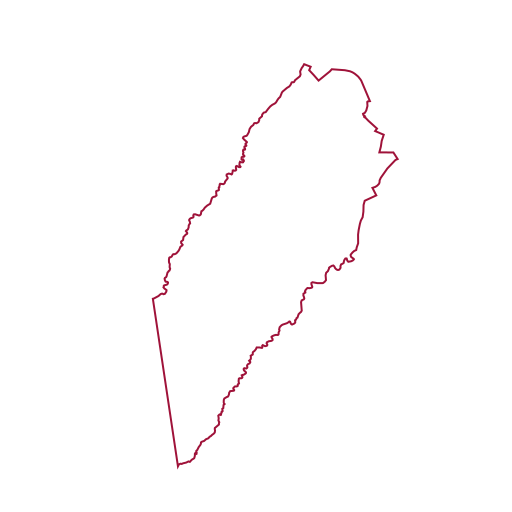 the district of Mazatecochco de José María Morelos, Tlaxcala, Mexico, rotated 142°
{"feature_id": "50627088B35944605315833", "entity_name": "Mazatecochco de José María Morelos", "entity_type": "district", "adm_level": 2, "iso_a3": "MEX", "parent_name": "Mexico", "parent_adm1": "Tlaxcala", "projection": "mercator", "projection_center": [-98.156, 19.192], "detail": "fine", "context": "isolated", "style": "outline", "palette": "rose", "viewbox_px": 512, "rotation_deg": 142, "n_neighbors": 0, "source": "geoboundaries", "source_scale": "gbopen_adm2", "svg_char_len": 6129}
<svg xmlns="http://www.w3.org/2000/svg" viewBox="0 0 512 512"><g transform="rotate(142 256 256)"><path d="M447.0,138.3L444.9,139.3L443.2,138.7L442.6,137.9L441.0,137.5L438.2,136.2L435.7,135.7L434.9,134.5L432.1,135.0L429.6,134.7L429.0,134.8L427.3,136.1L425.9,137.8L425.3,138.0L425.1,136.8L424.7,136.7L423.8,137.6L423.5,138.6L423.0,139.2L421.7,139.3L418.8,140.7L416.1,141.4L415.0,142.0L414.1,143.0L413.1,143.0L410.7,142.2L408.2,142.4L405.8,141.7L403.9,142.1L402.3,141.9L400.6,142.1L398.8,142.0L397.2,142.3L395.8,143.6L395.0,145.1L394.3,145.8L389.0,146.0L388.0,147.2L387.3,147.6L386.9,149.5L385.3,151.1L384.0,153.4L382.3,153.6L381.8,153.1L381.7,152.5L381.3,152.4L380.3,153.6L379.4,153.7L378.9,154.5L377.7,154.4L376.7,156.3L375.4,156.3L373.3,158.6L371.9,158.7L372.0,159.6L371.6,160.5L370.0,162.4L368.7,163.2L366.0,162.9L364.8,162.5L363.8,162.8L362.5,163.6L361.3,164.8L359.5,165.4L356.8,163.7L356.1,163.5L355.7,163.8L355.6,165.4L355.2,165.9L353.3,166.2L352.7,166.1L352.0,165.4L350.7,164.8L350.2,165.0L349.7,165.8L348.9,166.1L347.9,166.0L346.8,168.1L345.0,169.9L344.2,169.8L342.9,168.7L342.2,168.5L341.5,168.7L341.1,169.3L340.7,170.8L339.8,170.6L339.2,170.1L338.6,170.0L336.7,169.8L335.9,170.0L335.6,170.4L335.5,170.8L335.9,173.2L335.6,174.1L335.1,174.7L334.3,174.8L332.9,173.3L331.9,173.3L331.2,173.7L330.7,175.0L329.9,175.5L328.9,175.7L327.2,175.3L325.9,175.8L325.6,176.4L325.9,177.2L325.9,177.7L324.3,177.8L323.3,178.2L321.9,180.0L321.6,180.7L319.2,180.4L318.1,181.8L317.3,182.2L315.8,182.1L313.5,182.6L311.8,183.5L309.6,181.8L307.9,179.9L307.6,179.9L307.1,180.3L306.3,181.5L305.5,181.6L304.4,179.4L303.6,178.9L302.3,178.6L301.6,179.3L301.4,180.7L300.6,181.3L298.3,180.9L296.5,179.8L295.4,179.5L294.6,179.6L294.0,180.5L293.8,182.3L293.5,182.8L292.5,182.8L290.5,182.3L288.9,181.6L287.4,180.3L286.7,180.3L286.3,180.5L285.2,181.9L283.5,182.7L283.2,183.0L283.0,183.9L281.2,185.3L278.6,185.7L277.2,185.5L273.0,184.0L271.0,183.8L270.1,183.9L269.8,183.7L269.6,183.2L270.2,181.2L270.0,180.1L269.8,179.8L267.4,179.2L266.1,179.4L265.5,180.1L264.8,181.3L263.6,181.2L262.3,182.1L261.3,181.9L258.3,183.9L256.2,184.2L254.9,184.2L253.6,184.8L248.9,191.9L247.3,192.9L244.9,192.4L244.1,192.8L243.5,194.0L243.0,195.7L241.8,197.1L239.6,196.8L239.3,197.2L239.3,197.9L238.2,198.6L235.7,199.1L235.0,199.0L233.8,197.8L232.4,197.0L231.1,196.7L230.6,197.1L229.6,199.9L228.8,200.7L227.6,200.5L224.3,196.8L220.5,193.8L219.7,193.4L217.6,193.4L215.7,193.9L213.0,198.0L211.0,199.6L208.7,199.8L206.1,201.2L205.6,201.8L204.4,201.8L202.2,201.5L200.9,200.9L200.7,199.6L201.1,197.7L201.0,196.5L200.5,195.0L199.5,194.2L198.7,194.0L197.2,194.4L196.6,194.7L195.6,196.1L194.1,197.0L192.4,196.6L191.1,196.6L189.9,197.8L188.7,198.5L187.2,199.0L186.5,198.7L186.1,198.2L186.9,196.2L186.8,194.6L184.3,193.3L182.6,192.9L181.4,193.0L180.8,193.2L180.8,193.8L181.6,196.6L181.2,198.0L180.5,198.8L177.6,199.4L175.4,199.5L173.4,199.0L171.3,200.8L167.7,203.1L162.4,210.0L159.3,213.1L154.3,217.4L151.5,219.4L148.1,220.9L144.1,224.8L139.8,230.0L136.3,232.6L123.9,229.7L122.3,238.0L119.4,237.0L117.1,236.8L114.5,237.2L113.2,238.1L112.0,239.5L109.5,240.8L98.6,244.1L87.0,245.8L84.7,245.2L84.0,253.0L95.0,261.7L90.3,265.3L86.1,269.3L80.7,272.9L85.2,281.1L82.2,281.9L84.2,293.4L84.6,297.4L85.2,298.8L84.9,299.4L84.2,299.3L84.6,301.1L84.1,302.2L82.1,301.8L79.5,302.8L75.8,305.6L73.5,308.9L72.8,309.0L70.9,307.9L65.2,329.0L65.0,330.4L65.0,334.3L65.4,336.4L66.0,339.0L66.9,341.4L68.2,343.7L71.6,347.7L81.3,356.5L84.1,356.0L98.7,355.7L99.1,363.1L99.7,369.7L96.4,371.5L100.0,377.5L102.1,376.6L104.2,376.0L107.4,374.4L107.8,374.0L109.1,371.6L110.8,370.6L116.9,370.5L118.8,369.7L119.5,369.8L120.5,370.7L121.1,370.8L123.1,369.7L125.3,369.1L128.2,369.4L133.6,369.2L134.9,368.9L139.0,366.5L141.1,366.3L142.6,365.9L145.7,364.7L147.3,364.6L150.1,365.1L152.6,365.1L155.7,364.5L159.8,363.4L161.6,364.2L162.8,364.0L164.1,363.6L165.3,362.4L168.9,362.2L170.0,360.9L171.7,360.0L173.9,360.3L174.9,361.4L175.8,361.7L177.5,360.9L180.3,360.9L181.2,360.6L182.9,360.0L185.4,358.0L188.2,356.8L189.4,356.5L191.3,357.3L192.5,357.6L193.7,357.0L193.7,355.4L193.0,351.5L193.3,351.1L194.9,351.0L195.4,350.8L195.5,349.1L195.9,348.8L197.4,349.4L198.1,349.1L198.5,347.4L199.0,346.7L199.5,346.7L199.8,347.3L200.3,347.6L200.9,347.4L201.6,346.8L202.3,345.1L202.9,344.9L203.6,344.2L203.6,341.9L204.6,341.7L205.5,342.6L206.6,342.6L207.9,341.1L207.8,340.4L206.6,339.9L206.9,338.5L207.1,338.3L207.6,338.5L208.4,337.8L208.9,338.0L210.1,339.2L210.6,340.1L211.5,339.6L213.0,338.0L213.2,337.0L213.2,335.9L213.6,335.7L214.7,336.5L215.7,338.8L216.3,339.0L216.7,338.9L217.5,338.0L218.5,336.1L219.2,335.9L220.2,336.2L221.1,337.5L221.7,337.7L221.9,337.3L224.3,335.4L225.0,335.3L225.7,336.5L226.8,337.8L228.9,338.3L229.8,337.4L230.1,335.2L230.6,334.6L234.5,333.7L235.6,332.8L236.5,332.6L237.5,332.7L239.8,335.0L240.5,334.8L241.1,334.0L242.2,333.4L242.5,332.8L243.3,332.8L244.5,330.9L245.3,330.9L246.9,331.5L247.6,331.5L247.8,331.0L248.6,330.2L249.3,329.0L249.7,328.1L250.1,327.9L251.0,328.1L251.8,328.0L253.2,328.8L254.5,328.9L255.5,328.5L259.9,325.4L263.4,325.8L266.6,325.6L268.7,324.9L270.5,324.7L271.5,324.9L273.7,322.9L274.3,322.7L275.5,322.7L276.0,323.0L278.3,326.4L279.5,327.1L280.4,326.6L281.1,325.3L282.0,325.1L284.3,326.0L285.4,326.0L286.6,325.5L287.1,323.6L287.9,322.2L288.6,322.2L290.2,321.5L291.5,320.0L293.3,318.9L295.3,319.0L295.9,318.8L295.9,316.8L296.2,316.2L296.8,315.9L298.2,316.1L301.5,315.6L303.6,313.5L306.1,313.5L307.0,312.3L306.9,310.0L307.5,309.7L309.9,309.8L312.5,308.3L314.1,307.7L317.1,307.1L319.0,307.5L319.8,308.2L320.6,308.4L322.7,307.5L324.1,307.6L324.9,308.1L325.5,308.0L326.7,306.9L328.1,305.1L328.6,304.2L328.9,302.7L330.7,300.7L331.2,299.9L331.3,299.1L331.9,298.5L333.1,297.8L334.1,297.9L334.5,297.6L335.8,297.5L339.1,295.0L339.8,294.7L341.3,294.8L342.0,294.4L342.8,292.8L343.0,291.4L341.8,290.2L341.6,289.4L341.9,289.0L342.8,288.4L343.9,288.3L346.4,289.4L347.0,289.3L347.4,288.7L348.2,288.3L348.2,286.8L347.5,284.3L347.9,283.7L348.9,283.0L351.2,282.3L352.5,282.9L352.8,283.8L353.4,284.3L354.6,284.7L357.5,284.5L362.7,285.4L363.6,285.8L447.0,138.3Z" fill="none" stroke="#9f1239" stroke-width="2"/></g></svg>